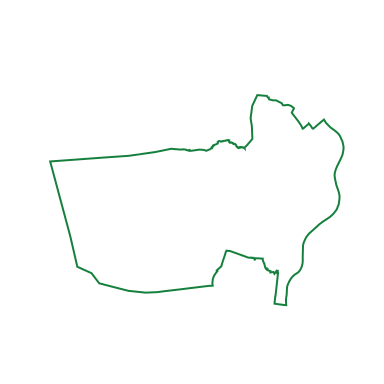 Horst aan de Maas, Limburg, Netherlands, rotated 15°
{"feature_id": "6326949B10328285292362", "entity_name": "Horst aan de Maas", "entity_type": "district", "adm_level": 2, "iso_a3": "NLD", "parent_name": "Netherlands", "parent_adm1": "Limburg", "projection": "orthographic", "projection_center": [6.076, 51.451], "detail": "fine", "context": "isolated", "style": "outline", "palette": "green", "viewbox_px": 384, "rotation_deg": 15, "n_neighbors": 0, "source": "geoboundaries", "source_scale": "gbopen_adm2", "svg_char_len": 5317}
<svg xmlns="http://www.w3.org/2000/svg" viewBox="0 0 384 384"><g transform="rotate(15 192 192)"><path d="M100.6,293.9L115.9,296.4L126.0,304.2L141.0,304.1L156.5,303.9L157.0,303.8L172.7,301.3L173.6,301.1L184.1,297.8L187.3,296.5L192.2,294.5L206.8,288.7L211.7,286.7L233.1,278.1L236.2,277.2L235.4,275.1L235.1,273.7L234.9,272.4L234.7,270.9L234.7,270.2L234.8,268.8L234.8,268.2L235.1,266.8L235.3,266.1L235.6,265.5L235.8,264.8L236.0,264.1L236.6,262.7L236.9,262.3L236.6,262.0L236.8,261.7L236.2,261.3L239.6,256.1L239.5,255.6L239.7,250.5L240.2,243.0L240.2,242.6L240.1,242.0L240.2,241.5L240.4,239.8L241.6,239.6L244.1,239.2L247.1,239.4L261.0,240.6L263.3,240.8L267.7,240.0L267.6,239.9L268.7,239.8L268.8,239.7L270.0,241.1L270.3,240.9L270.2,240.7L270.1,240.4L270.1,240.2L270.3,239.7L270.5,239.6L271.4,239.3L272.0,239.2L272.9,239.0L273.3,238.9L275.3,238.5L277.6,238.1L277.6,238.5L277.4,238.6L279.3,241.3L279.8,242.0L280.1,242.3L280.3,242.3L280.3,242.5L281.0,243.7L281.5,244.5L282.0,245.4L282.1,245.5L282.5,246.3L283.9,246.4L283.9,247.2L285.0,247.0L285.1,248.0L286.0,248.0L288.3,248.1L288.5,249.4L291.4,248.2L292.8,249.7L294.2,246.0L295.3,246.0L295.3,246.9L295.4,248.2L296.0,248.0L296.1,248.7L296.6,251.5L299.5,270.5L299.4,270.5L299.4,271.1L300.0,275.0L300.5,277.8L300.6,278.5L305.9,277.9L306.2,277.8L307.4,277.7L307.6,277.6L310.5,277.3L311.2,277.1L312.3,276.9L311.3,274.0L310.8,272.3L310.4,270.3L310.0,266.6L309.3,263.4L308.7,260.6L308.4,258.8L308.5,256.7L309.0,253.5L309.8,250.6L310.7,248.3L312.3,245.6L313.0,244.8L315.1,242.5L315.8,241.4L316.5,239.8L317.0,237.9L317.3,235.9L317.3,232.7L316.8,229.8L315.8,226.3L313.1,215.0L313.0,213.9L313.0,212.4L313.0,212.2L313.4,209.3L313.6,208.2L313.9,206.7L314.3,205.4L314.5,204.8L314.8,204.2L315.2,203.3L315.8,201.9L316.4,201.0L317.9,198.7L319.5,196.3L320.1,195.4L321.0,194.0L323.4,190.2L324.4,188.9L324.9,188.3L325.6,187.3L328.2,184.4L331.7,180.4L333.4,177.8L334.4,176.0L335.0,174.5L336.1,172.0L336.5,170.0L336.5,169.0L336.9,166.3L336.6,163.2L336.3,161.2L336.1,160.1L335.6,157.7L333.9,154.3L332.7,152.4L331.6,150.8L330.2,148.8L329.0,146.8L328.7,146.2L328.6,145.8L328.0,144.8L326.8,142.3L326.4,141.6L325.8,140.0L325.5,139.4L325.2,137.9L325.1,137.6L325.0,136.5L325.0,136.0L325.0,134.3L325.1,132.4L325.3,131.1L325.6,129.0L325.8,127.9L326.2,126.2L326.4,125.1L326.8,122.9L327.0,122.0L327.5,118.9L327.7,117.4L327.7,116.6L327.6,115.1L327.4,112.5L327.3,111.7L326.7,109.1L325.0,105.7L324.1,104.0L321.9,101.5L321.4,100.8L320.7,99.9L320.3,99.5L319.5,98.8L318.5,98.0L316.6,96.9L313.7,95.6L309.8,94.1L308.5,93.5L307.0,92.6L306.2,92.2L305.0,91.4L304.1,90.9L303.3,90.3L300.7,87.9L298.0,91.7L295.4,95.5L294.8,96.5L292.1,100.2L292.2,99.8L292.2,99.7L289.5,97.3L287.2,95.7L287.2,95.8L286.0,97.5L285.3,98.5L283.8,100.7L283.1,101.8L282.5,102.2L280.3,99.6L277.6,97.2L275.5,95.5L267.9,89.7L267.9,89.2L268.0,88.8L268.8,85.0L268.6,84.9L268.5,84.7L268.4,84.4L268.0,84.3L266.1,83.5L265.2,83.2L264.2,83.1L262.5,83.0L262.0,83.0L261.3,83.4L260.0,83.9L258.5,84.4L257.4,84.7L256.9,84.2L255.7,83.0L249.4,81.7L246.4,82.5L244.7,82.5L242.5,82.6L242.3,82.2L242.1,81.9L241.9,81.5L241.7,80.9L241.3,81.1L241.1,81.2L240.3,80.7L240.1,80.6L239.8,80.1L239.5,79.8L235.7,80.5L230.0,81.5L227.9,93.2L229.5,105.6L232.7,112.7L236.6,125.1L232.8,133.0L231.2,135.5L231.5,136.2L231.2,136.0L231.0,135.9L230.8,136.0L230.5,136.0L230.1,135.7L229.5,135.6L229.4,135.6L229.1,136.0L228.9,136.1L228.7,136.1L228.6,135.9L228.3,135.9L228.0,135.8L227.5,136.0L227.2,136.0L226.9,136.7L226.7,136.6L226.4,136.6L226.1,136.9L225.9,137.0L225.8,137.3L225.7,137.3L225.5,137.2L225.4,137.4L225.2,137.3L225.2,137.1L224.8,137.4L224.7,137.4L224.6,137.2L224.3,136.9L224.2,136.8L224.1,136.7L223.8,136.6L223.4,136.7L223.2,136.6L222.8,136.0L222.8,135.7L222.7,135.4L222.1,135.0L221.8,134.8L221.6,134.9L221.4,134.8L221.3,134.7L221.2,134.8L221.0,134.7L220.5,134.5L220.1,134.7L219.9,134.7L219.9,134.8L219.6,134.9L219.4,134.8L219.6,134.6L219.3,134.3L218.9,134.2L218.9,134.3L218.7,134.2L218.5,134.4L218.4,134.4L218.1,134.2L217.6,134.1L217.3,133.9L217.0,133.9L216.5,134.1L216.4,134.4L216.3,134.5L215.8,134.3L215.9,134.1L215.7,134.1L215.6,134.3L215.5,134.2L215.2,134.2L215.1,133.7L214.9,133.5L214.7,133.4L214.7,133.2L214.4,133.0L214.4,132.8L214.4,132.7L214.2,132.8L214.1,132.6L213.9,132.5L213.5,132.4L213.3,132.5L213.0,132.9L212.8,133.0L212.5,133.0L212.2,133.0L211.9,133.4L211.6,133.5L211.4,133.5L211.1,133.7L210.6,134.1L210.2,134.1L209.7,134.3L209.4,134.4L209.2,134.6L208.9,134.9L208.7,134.9L208.4,134.9L208.1,135.1L208.0,135.3L207.9,135.5L207.7,135.6L207.4,135.5L206.8,135.7L206.7,135.8L206.5,135.7L206.3,135.8L206.2,135.7L205.7,135.7L205.2,135.7L204.9,135.8L204.6,136.1L204.4,136.2L204.3,136.5L204.1,137.0L203.9,137.2L204.0,137.4L204.2,137.5L204.3,137.6L204.3,137.9L204.3,138.5L203.1,139.5L202.4,140.1L200.8,141.1L200.5,141.4L200.9,141.7L199.6,143.3L200.2,143.7L199.9,144.7L199.3,144.8L198.9,145.3L198.6,145.5L198.3,146.1L195.1,148.5L193.7,148.3L193.1,148.4L192.0,148.4L190.8,148.6L188.3,149.1L187.8,149.3L180.8,152.3L180.1,152.5L179.0,152.9L178.7,152.1L177.8,152.7L177.7,152.6L177.2,152.9L176.7,152.9L176.2,152.9L175.9,152.7L175.7,152.8L175.6,152.7L173.2,152.9L173.2,153.0L172.7,153.1L171.1,153.6L169.9,154.0L163.9,155.1L160.8,155.6L146.2,162.9L121.6,173.4L98.0,181.5L92.0,183.6L87.1,185.3L47.1,199.2L85.9,266.3L100.6,293.9Z" fill="none" stroke="#15803d" stroke-width="2"/></g></svg>